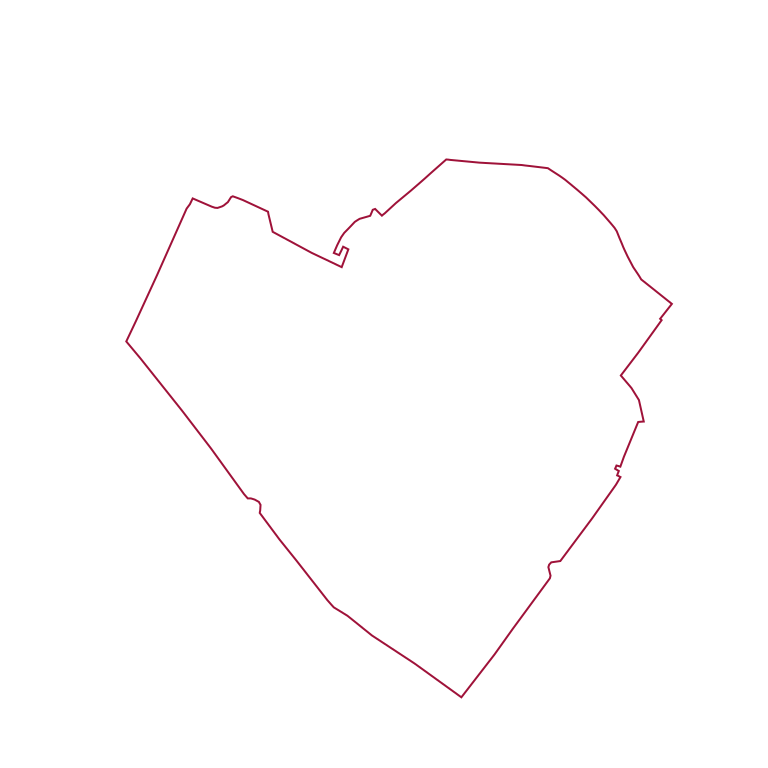 Abdin, Al Qahirah, Egypt, rotated 292°
{"feature_id": "37247803B10880133914548", "entity_name": "Abdin", "entity_type": "district", "adm_level": 2, "iso_a3": "EGY", "parent_name": "Egypt", "parent_adm1": "Al Qahirah", "projection": "orthographic", "projection_center": [31.247, 30.046], "detail": "fine", "context": "isolated", "style": "outline", "palette": "rose", "viewbox_px": 768, "rotation_deg": 292, "n_neighbors": 0, "source": "geoboundaries", "source_scale": "gbopen_adm2", "svg_char_len": 1930}
<svg xmlns="http://www.w3.org/2000/svg" viewBox="0 0 768 768"><g transform="rotate(292 384 384)"><path d="M478.0,136.7L472.7,135.3L400.2,132.8L349.1,130.4L347.4,130.3L345.6,130.2L326.9,129.1L316.7,148.2L283.7,206.6L259.4,247.8L229.5,295.4L226.9,300.5L228.0,303.3L228.1,303.8L228.4,307.4L227.8,312.2L226.7,313.5L225.7,314.8L220.3,316.6L219.1,316.8L217.9,317.1L200.6,345.5L187.4,369.1L162.4,412.4L160.6,416.0L159.6,418.0L158.1,421.1L155.4,437.0L146.3,467.1L136.3,517.0L122.5,573.1L174.7,587.8L205.6,595.2L233.0,602.2L266.0,610.6L267.3,610.4L268.7,610.2L270.3,609.0L275.8,605.0L278.4,604.8L281.3,605.9L285.9,613.8L337.3,627.3L377.5,636.8L381.5,637.4L386.3,638.1L386.6,635.1L386.6,634.4L388.4,634.3L391.3,634.3L391.5,633.0L392.0,630.0L395.5,630.1L395.8,632.4L395.9,634.1L406.4,633.7L444.0,633.9L445.3,636.4L446.5,638.9L464.6,626.4L473.0,614.9L480.6,600.4L508.3,608.0L547.2,617.5L547.6,616.5L547.9,615.6L566.1,620.9L577.3,583.3L579.5,580.4L580.9,578.4L585.7,571.3L593.4,562.2L598.3,556.9L600.6,554.5L603.0,552.2L607.8,547.4L612.8,542.6L615.2,539.2L618.2,533.6L622.9,524.4L624.2,521.5L625.5,518.7L628.1,512.7L632.7,501.4L636.3,490.9L641.2,475.5L642.1,471.9L642.9,468.3L644.7,458.9L645.1,457.0L645.5,455.1L640.7,437.4L639.6,433.5L638.6,429.6L625.0,389.6L616.6,361.5L616.1,359.5L615.5,357.6L597.3,348.5L589.7,344.8L573.2,336.4L556.3,327.3L542.4,320.7L540.9,319.8L539.3,319.0L541.6,313.5L543.0,310.2L542.1,309.2L541.3,308.3L538.7,308.3L534.8,308.2L533.7,306.8L532.6,305.4L528.0,299.5L525.7,297.8L523.4,296.2L514.5,292.7L509.2,290.5L506.6,289.9L504.0,289.3L495.1,288.6L486.7,288.4L486.7,294.1L492.2,294.5L496.0,294.7L495.5,300.5L476.5,301.0L478.5,267.8L483.4,223.8L498.5,213.0L499.4,212.5L500.3,211.9L501.7,184.2L501.6,178.7L501.4,173.5L500.0,172.2L494.1,171.1L492.0,169.9L489.6,168.6L488.0,167.3L484.9,163.7L484.1,161.2L484.0,159.3L483.9,158.0L484.4,137.1L479.7,136.8L478.0,136.7Z" fill="none" stroke="#9f1239" stroke-width="2"/></g></svg>